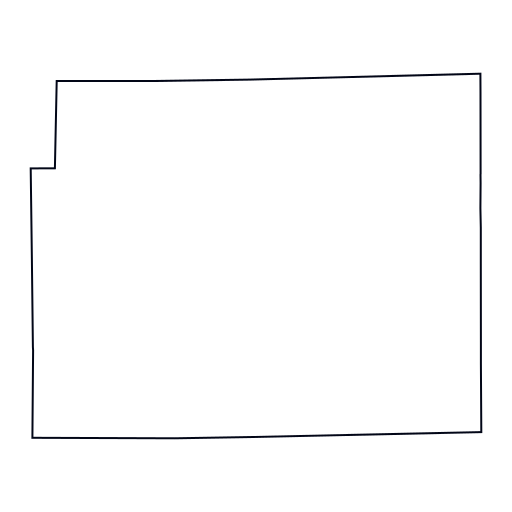 Allen, Indiana, United States of America
{"feature_id": "52423323B16491815887155", "entity_name": "Allen", "entity_type": "district", "adm_level": 2, "iso_a3": "USA", "parent_name": "United States of America", "parent_adm1": "Indiana", "projection": "robinson", "projection_center": [-85.006, 41.094], "detail": "fine", "context": "isolated", "style": "outline", "palette": "ink", "viewbox_px": 512, "rotation_deg": 0, "n_neighbors": 0, "source": "geoboundaries", "source_scale": "gbopen_adm2", "svg_char_len": 436}
<svg xmlns="http://www.w3.org/2000/svg" viewBox="0 0 512 512"><path d="M153.9,81.0L56.7,81.0L54.9,168.3L30.7,168.4L31.9,260.3L32.9,347.1L33.1,350.4L32.4,437.8L174.7,438.3L223.0,437.5L253.2,437.0L481.3,432.1L480.9,363.6L480.9,363.4L480.9,342.7L480.8,260.8L480.8,227.8L480.4,208.1L480.6,183.3L480.5,174.5L480.6,173.8L480.5,93.0L480.4,74.1L480.4,73.9L480.4,73.7L250.0,79.6L153.9,81.0Z" fill="none" stroke="#020617" stroke-width="2"/></svg>